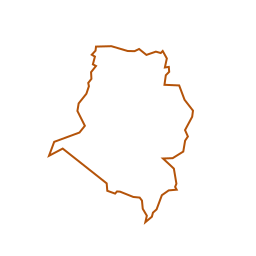 outline of Konche, Konče, North Macedonia, rotated 48°
{"feature_id": "65306769B3097110342626", "entity_name": "Konche", "entity_type": "district", "adm_level": 2, "iso_a3": "MKD", "parent_name": "North Macedonia", "parent_adm1": "Konče", "projection": "mercator", "projection_center": [22.397, 41.52], "detail": "fine", "context": "isolated", "style": "outline", "palette": "amber", "viewbox_px": 256, "rotation_deg": 48, "n_neighbors": 0, "source": "geoboundaries", "source_scale": "gbopen_adm2", "svg_char_len": 872}
<svg xmlns="http://www.w3.org/2000/svg" viewBox="0 0 256 256"><g transform="rotate(48 128 128)"><path d="M95.8,205.3L99.6,190.3L154.9,180.9L160.8,185.4L168.1,181.5L167.8,178.6L170.0,176.5L182.8,170.2L187.5,165.9L191.3,166.2L197.9,171.1L205.8,172.7L209.6,178.1L209.9,169.6L207.6,166.1L207.6,161.2L200.6,147.8L201.6,139.5L206.4,133.1L203.3,132.4L201.8,129.3L188.9,121.1L174.1,122.4L180.3,115.0L182.5,102.7L175.6,94.0L174.4,89.2L167.7,87.0L162.6,72.8L158.6,68.1L144.9,67.1L130.6,61.5L120.3,72.0L114.1,64.6L113.8,59.8L109.9,56.8L107.7,60.1L102.3,52.6L94.0,50.7L94.2,53.5L89.9,56.2L86.0,65.4L76.7,66.9L75.3,71.7L70.6,76.7L56.1,85.6L46.1,97.3L48.8,100.4L49.3,105.9L52.8,104.8L57.2,111.5L60.5,110.3L61.8,118.1L67.0,122.3L67.9,127.4L70.8,129.1L74.7,136.0L76.7,148.2L81.5,154.2L97.5,158.6L98.9,167.1L88.9,192.1L95.8,205.3Z" fill="none" stroke="#b45309" stroke-width="2"/></g></svg>